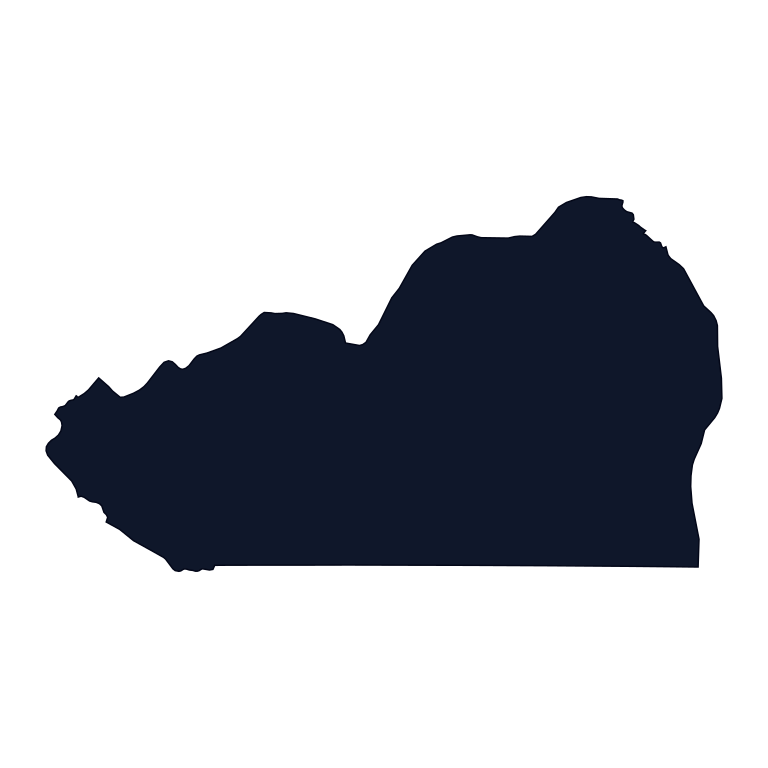 the border of Cunene
{"feature_id": "AGO-1889", "entity_name": "Cunene", "entity_type": "Province", "adm_level": 1, "iso_a3": "AGO", "parent_name": "Angola", "parent_adm1": "", "projection": "orthographic", "projection_center": [15.075, -16.287], "detail": "fine", "context": "isolated", "style": "filled", "palette": "ink", "viewbox_px": 768, "rotation_deg": 0, "n_neighbors": 0, "source": "natural_earth", "source_scale": "10m", "svg_char_len": 2724}
<svg xmlns="http://www.w3.org/2000/svg" viewBox="0 0 768 768"><path d="M178.9,571.3L175.2,570.6L172.9,568.8L165.6,559.1L163.6,557.4L148.8,549.1L133.6,540.7L119.7,529.4L106.2,522.0L107.7,517.3L106.3,514.6L104.0,512.4L101.8,505.9L99.5,503.7L96.2,502.3L92.4,501.8L89.6,501.0L84.0,497.2L81.1,496.2L78.3,497.0L78.3,496.9L76.2,489.0L71.7,481.0L54.5,463.6L47.7,455.2L46.1,450.8L46.4,446.7L48.4,443.3L51.5,440.2L54.9,438.2L58.4,435.1L60.9,431.0L62.1,425.6L61.5,422.0L60.6,420.1L59.4,419.0L57.9,417.8L54.8,414.4L57.3,410.7L58.3,408.7L58.7,408.0L59.5,407.5L60.5,407.0L62.3,406.7L63.8,406.2L65.2,405.6L68.3,401.6L69.2,400.9L71.0,400.3L72.1,400.1L73.2,399.9L74.1,399.3L76.2,395.8L76.7,396.1L77.1,396.7L77.6,397.2L78.3,397.2L79.1,396.8L84.2,393.6L88.4,390.0L98.7,377.9L108.8,386.8L112.5,391.0L120.2,397.3L123.8,397.1L133.4,393.3L139.4,390.1L143.9,386.7L147.3,383.1L159.7,367.0L164.1,362.3L168.5,360.8L172.3,361.8L175.5,364.6L178.1,367.4L180.5,368.9L182.7,369.3L185.7,368.3L189.0,365.7L194.2,358.9L196.9,356.1L199.4,354.9L206.8,353.1L221.0,348.0L237.5,338.6L240.5,336.4L259.2,316.1L261.2,314.4L264.2,312.5L271.2,312.9L274.9,313.6L282.3,313.4L286.1,312.8L293.5,313.5L315.3,318.9L332.9,324.7L339.8,329.5L341.9,332.1L343.8,335.8L345.5,343.0L359.5,345.5L362.7,344.6L366.0,342.3L370.2,334.8L378.5,324.7L391.8,297.8L399.3,288.3L412.2,265.3L425.0,251.1L436.6,244.2L441.1,242.8L452.3,237.1L456.9,236.0L470.1,234.8L472.1,234.9L477.4,236.8L481.1,237.7L508.2,238.1L514.7,236.6L519.8,236.1L532.1,236.4L535.6,234.3L554.9,212.4L558.5,207.2L566.4,202.5L580.8,197.5L586.5,196.7L591.5,196.9L599.1,198.4L617.6,199.0L619.3,199.8L621.4,200.1L622.9,200.7L622.9,202.2L622.3,204.1L621.8,206.1L622.6,208.1L624.5,210.1L626.8,211.7L632.0,213.1L633.3,214.7L633.9,219.2L632.9,221.2L632.9,222.2L634.4,222.7L638.7,225.5L640.3,227.0L644.2,229.8L645.7,230.7L645.0,231.4L644.2,232.5L643.5,232.9L643.5,234.0L645.4,234.6L646.6,235.5L652.6,241.0L654.0,242.0L655.8,242.2L659.2,242.1L660.5,242.9L661.8,246.6L663.0,247.9L663.8,247.7L665.1,247.2L665.9,246.8L667.9,254.7L668.8,256.2L670.7,258.6L679.4,264.8L683.6,268.8L703.7,305.9L711.0,312.6L713.6,315.6L716.1,320.6L717.4,325.6L717.6,346.4L721.4,378.3L721.9,398.4L719.5,408.3L717.6,412.9L714.7,417.7L704.6,429.9L701.2,443.6L694.2,459.2L692.4,464.9L691.0,475.7L690.7,486.5L692.0,503.2L699.0,539.2L698.1,567.0L671.5,566.7L631.1,566.3L590.7,566.0L550.3,565.7L509.9,565.5L469.5,565.3L429.1,565.2L427.4,565.2L388.7,565.1L348.4,565.0L307.9,565.1L267.5,565.1L227.1,565.2L216.4,565.3L214.5,565.3L214.4,566.1L212.9,569.4L209.5,570.0L202.5,568.8L201.4,569.2L199.0,570.7L197.2,571.2L195.4,571.2L192.8,570.4L189.4,570.0L186.5,569.1L184.7,568.9L183.3,569.3L180.8,570.9L178.9,571.3Z" fill="#0f172a" stroke="#020617" stroke-width="1.5"/></svg>